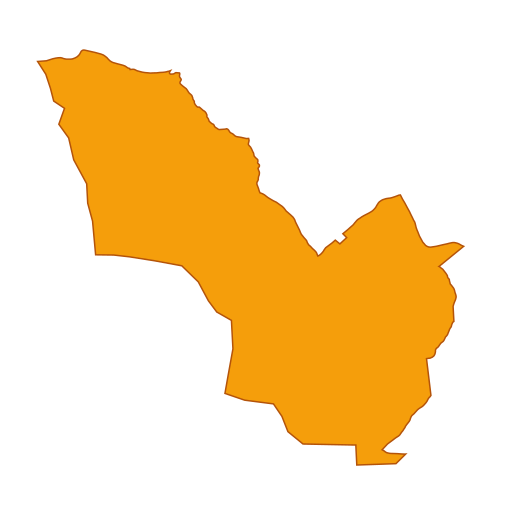 Kwadaso Municipal, Ashanti, Ghana (Albers equal-area conic projection), rotated 177°
{"feature_id": "2480657B94630675221037", "entity_name": "Kwadaso Municipal", "entity_type": "district", "adm_level": 2, "iso_a3": "GHA", "parent_name": "Ghana", "parent_adm1": "Ashanti", "projection": "albers", "projection_center": [-1.664, 6.667], "detail": "fine", "context": "isolated", "style": "filled", "palette": "amber", "viewbox_px": 512, "rotation_deg": 177, "n_neighbors": 0, "source": "geoboundaries", "source_scale": "gbopen_adm2", "svg_char_len": 5841}
<svg xmlns="http://www.w3.org/2000/svg" viewBox="0 0 512 512"><g transform="rotate(177 256 256)"><path d="M463.9,461.7L456.4,448.5L452.5,434.2L449.9,421.3L439.5,413.5L446.0,397.9L436.9,383.7L433.0,361.6L421.3,337.0L421.3,317.5L417.4,299.4L416.1,265.6L398.0,264.4L382.4,261.8L357.8,256.6L330.6,250.1L315.0,233.2L305.9,213.8L298.1,202.1L283.9,193.0L283.9,164.5L290.3,137.3L294.2,120.4L274.8,112.6L246.3,107.4L238.5,94.5L233.3,78.9L218.9,65.8L166.2,62.0L166.3,42.0L127.1,41.3L116.9,50.4L117.9,50.4L118.9,50.5L121.9,50.8L124.9,51.2L128.3,51.5L130.9,51.7L132.7,51.9L134.6,52.4L135.2,52.6L135.9,52.8L137.2,53.7L138.3,54.7L139.4,55.4L140.2,55.9L134.5,61.4L126.0,67.1L123.0,68.8L121.9,69.7L120.8,71.1L119.8,72.4L118.6,73.7L118.0,74.5L117.4,75.4L116.2,76.9L115.8,77.9L115.1,78.8L114.4,79.7L112.8,81.5L111.7,82.8L110.9,84.0L110.5,85.1L109.9,86.6L109.6,87.1L108.8,88.4L107.8,89.2L106.6,90.1L105.3,91.4L104.1,92.6L102.7,94.0L101.5,94.9L99.8,95.9L98.1,96.8L96.6,97.9L94.2,100.3L92.9,101.9L91.6,104.2L90.6,105.5L90.0,106.0L89.7,106.2L88.6,107.6L91.1,144.6L89.3,144.8L87.4,144.9L86.4,145.3L85.3,145.7L83.7,146.8L82.7,148.2L82.4,149.0L82.1,149.8L81.8,151.0L81.7,152.7L81.1,153.8L80.4,154.6L79.6,155.0L78.5,156.0L77.7,157.1L76.6,158.5L75.8,159.4L74.9,160.0L73.5,161.0L72.7,162.0L71.8,163.6L71.4,164.4L71.0,165.2L70.0,166.1L68.9,167.4L68.1,169.2L67.2,171.1L66.5,172.7L65.9,173.7L65.0,174.7L64.5,175.8L64.2,177.0L63.7,178.1L62.9,179.6L62.2,180.0L61.8,180.3L61.8,195.3L61.5,196.3L60.9,198.0L60.3,199.4L59.0,202.1L58.4,204.1L58.3,204.8L58.3,205.6L58.6,207.2L59.2,209.2L59.6,211.5L60.2,213.3L60.8,214.2L61.4,215.1L62.5,216.7L63.5,217.9L63.7,219.2L64.1,221.0L64.2,222.4L64.7,223.3L65.1,223.7L65.4,224.0L65.8,225.0L65.9,226.3L66.2,226.9L66.5,227.5L67.4,229.0L68.8,231.0L70.1,232.9L72.0,234.5L73.5,235.9L73.8,236.0L48.1,254.8L50.1,255.8L52.9,257.6L54.5,258.3L56.2,258.8L57.5,259.1L59.1,259.1L60.5,258.9L62.4,258.6L64.8,258.1L68.0,257.6L75.2,256.3L77.0,256.1L81.2,255.7L83.2,256.0L84.0,256.4L84.9,256.8L86.2,257.8L87.3,259.3L88.7,261.0L89.5,262.7L90.5,264.8L91.7,267.3L92.5,269.7L93.1,271.5L93.9,273.7L94.6,276.1L95.0,278.3L95.4,280.4L95.9,282.0L96.7,283.4L97.7,285.9L99.1,289.1L100.4,292.3L102.5,296.6L104.6,301.1L106.8,305.3L108.6,309.4L110.1,309.3L111.6,308.8L114.4,307.9L115.3,307.7L116.3,307.4L118.0,307.0L119.4,306.8L121.1,306.7L123.0,306.5L124.6,306.1L126.5,305.6L127.6,305.1L128.3,304.7L128.9,304.3L129.9,303.7L131.0,302.6L132.0,301.2L132.8,300.1L133.7,298.6L134.6,297.5L135.6,296.5L136.2,296.0L136.8,295.4L138.1,294.5L139.6,293.7L141.4,292.8L143.2,292.0L146.1,290.7L148.6,289.4L149.8,288.6L151.3,287.8L152.7,286.9L153.8,285.9L154.6,285.0L155.6,284.0L156.9,282.5L157.6,281.8L158.5,281.1L159.9,280.0L163.4,277.2L168.1,273.7L164.5,269.6L171.6,263.7L176.0,267.7L179.3,265.1L186.0,260.6L187.6,258.6L188.6,257.1L189.6,256.0L190.7,254.9L192.4,253.6L194.2,252.7L194.7,253.9L195.3,255.8L196.1,257.2L197.4,258.7L199.3,260.6L200.2,261.7L201.1,262.8L202.8,264.4L203.8,266.2L204.3,267.5L204.5,268.1L204.7,268.8L205.8,270.2L207.1,271.8L208.3,273.5L209.6,275.3L210.4,277.2L211.2,279.6L213.4,284.7L214.4,287.0L214.8,288.0L215.5,290.3L216.4,291.9L217.2,293.1L218.7,294.6L219.4,295.4L220.2,296.1L221.7,297.6L223.5,299.3L225.3,302.0L226.2,303.1L227.5,304.4L228.8,305.4L229.7,306.1L232.8,308.6L235.7,310.2L237.4,311.3L239.5,312.7L241.1,313.8L242.6,315.1L244.2,316.5L246.0,317.7L247.5,318.4L248.7,318.9L249.1,319.9L249.5,321.2L250.0,323.4L250.4,324.6L250.8,325.9L251.4,327.8L251.2,329.5L250.5,330.6L249.7,332.2L249.7,333.1L249.5,334.3L249.2,335.4L248.6,336.7L248.3,338.0L248.3,338.7L248.2,339.4L248.6,340.7L248.9,341.4L249.1,342.2L249.4,343.5L248.9,344.1L248.3,344.8L247.8,345.8L247.9,346.3L247.9,346.8L248.6,347.7L249.4,348.5L249.4,348.9L249.5,349.4L249.1,350.6L249.2,352.0L249.8,352.8L250.6,353.5L251.5,354.5L252.5,355.7L252.8,356.7L252.9,357.8L253.1,359.0L253.7,360.2L254.3,361.8L254.9,363.3L255.8,365.1L257.0,366.5L257.4,367.1L257.8,367.8L257.7,368.7L257.3,370.1L256.9,371.5L257.0,372.8L257.2,373.8L259.5,373.8L261.6,374.4L264.4,375.2L266.7,375.7L268.2,376.0L269.6,376.4L270.6,377.0L271.7,378.1L272.6,379.0L273.7,379.7L274.8,380.3L275.7,381.2L276.3,382.3L276.8,383.2L277.5,384.0L278.0,384.3L278.6,384.6L280.3,384.3L286.3,384.2L287.1,384.6L287.7,385.1L288.5,385.7L289.4,386.3L290.1,386.9L290.3,387.2L290.6,387.5L290.9,388.5L291.3,389.3L291.9,389.9L292.8,390.3L293.5,390.8L294.3,391.6L295.7,393.0L296.3,395.1L296.7,396.0L297.0,396.3L297.2,396.7L297.7,397.4L297.8,398.2L297.6,399.2L297.7,399.6L298.4,401.4L299.1,402.5L300.0,403.4L301.1,404.1L304.7,407.6L305.4,407.7L306.4,407.7L307.4,408.5L308.8,410.4L309.4,411.8L309.6,412.6L309.5,413.5L309.8,414.3L310.3,415.0L310.8,416.0L310.9,417.2L311.3,418.5L311.7,419.7L312.8,420.9L314.1,422.1L314.9,423.3L316.0,425.3L317.0,426.8L318.2,427.8L320.5,429.8L322.2,431.5L322.8,432.3L322.9,433.0L322.8,433.6L322.3,434.4L321.9,435.1L321.5,435.8L321.5,436.5L322.1,437.5L322.7,438.4L323.0,439.2L322.9,440.6L322.6,441.6L322.6,442.2L322.8,442.8L326.3,443.3L327.0,443.1L328.4,442.3L329.1,442.1L331.9,442.1L332.2,442.3L332.8,442.9L332.8,443.8L332.6,444.4L331.7,445.6L333.3,445.1L334.8,444.9L335.9,444.6L337.6,444.4L339.3,444.3L342.4,444.3L345.7,444.1L349.2,444.2L352.0,444.2L353.2,444.4L354.5,444.6L357.4,445.0L360.1,445.6L362.6,446.4L365.0,447.2L366.5,448.0L367.5,448.6L368.8,448.9L370.1,448.9L372.0,448.8L372.3,449.9L373.1,450.1L374.3,450.6L375.8,451.8L376.9,452.6L379.0,453.5L384.3,455.2L388.7,456.7L390.2,457.5L391.7,458.6L393.4,460.5L394.5,461.9L396.2,463.4L397.9,464.7L400.3,465.8L406.1,467.7L416.1,470.5L417.3,470.7L418.5,470.5L419.7,469.7L420.4,468.7L420.8,468.0L421.2,467.3L422.4,465.8L424.2,464.3L425.4,463.7L426.5,463.2L429.1,462.4L431.0,462.3L433.0,462.4L434.9,462.5L436.3,462.8L438.0,463.3L439.3,463.9L440.9,464.3L443.2,464.3L445.6,464.1L448.6,463.6L455.1,461.9L463.9,461.7Z" fill="#f59e0b" stroke="#b45309" stroke-width="1.5"/></g></svg>